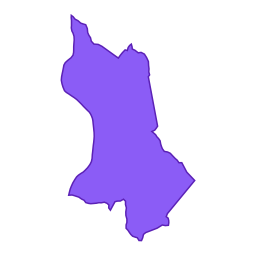 Lajeado, Tocantins, Brazil
{"feature_id": "56859067B46594073985898", "entity_name": "Lajeado", "entity_type": "district", "adm_level": 2, "iso_a3": "BRA", "parent_name": "Brazil", "parent_adm1": "Tocantins", "projection": "robinson", "projection_center": [-48.308, -9.839], "detail": "fine", "context": "isolated", "style": "filled", "palette": "violet", "viewbox_px": 256, "rotation_deg": 0, "n_neighbors": 0, "source": "geoboundaries", "source_scale": "gbopen_adm2", "svg_char_len": 2119}
<svg xmlns="http://www.w3.org/2000/svg" viewBox="0 0 256 256"><path d="M167.4,213.6L194.7,180.5L186.8,172.2L181.8,162.7L178.9,162.7L177.2,160.2L175.2,158.5L172.8,156.0L170.3,153.3L167.6,152.0L164.3,151.4L162.4,148.8L161.5,146.6L160.7,144.1L160.1,140.8L158.6,138.6L156.8,136.7L155.7,134.8L151.9,131.5L154.7,130.2L156.2,128.3L157.6,126.2L148.3,76.7L149.6,74.9L148.8,71.9L149.0,68.9L148.6,65.6L148.4,61.5L146.6,57.6L144.4,54.1L141.1,52.4L138.2,52.8L135.0,50.3L132.3,49.0L132.0,46.5L131.3,44.1L129.6,45.5L128.2,47.4L127.3,50.5L125.1,49.9L122.4,52.7L120.3,55.3L118.3,58.1L101.9,46.3L98.2,44.4L94.0,44.1L91.3,41.2L90.5,37.7L88.9,35.3L87.7,32.6L87.3,28.5L85.7,24.7L83.3,24.0L80.7,23.1L78.0,20.7L75.1,19.2L73.1,16.7L71.3,15.4L71.2,17.7L71.5,20.5L71.5,23.2L71.5,25.6L71.3,27.9L71.9,31.0L73.0,33.1L74.0,36.3L74.2,39.9L73.9,43.7L73.7,46.8L73.7,49.1L73.6,52.4L73.0,55.2L71.0,57.8L67.7,60.4L65.3,62.6L63.9,65.1L63.4,67.8L62.8,70.9L62.1,74.2L61.6,76.8L61.3,80.2L62.0,83.8L63.0,87.1L64.5,90.7L66.3,92.4L68.7,93.9L71.9,96.1L74.2,97.6L76.7,99.5L78.4,101.1L79.9,102.6L81.7,104.4L83.5,106.4L85.5,108.4L87.6,110.5L89.2,112.0L90.5,113.9L91.5,116.0L92.4,118.3L92.9,120.8L93.1,123.1L93.4,125.8L93.7,128.6L94.1,132.6L94.2,136.5L94.0,139.3L93.7,142.4L93.3,145.3L92.9,149.3L92.6,152.2L92.3,154.7L92.1,158.4L91.4,161.6L90.0,164.4L87.6,167.7L85.2,170.2L83.3,172.0L81.0,173.4L78.4,175.2L76.6,176.9L74.8,179.6L72.9,182.8L71.4,186.1L70.3,188.8L69.5,191.8L68.7,195.2L72.1,195.0L74.5,195.7L76.6,196.4L78.8,197.1L81.5,199.0L84.0,200.2L85.8,202.6L88.6,203.4L90.8,203.7L93.2,203.5L96.4,203.2L98.9,202.7L101.3,202.8L104.3,202.2L107.0,203.3L108.9,205.0L108.7,207.9L110.4,210.2L115.0,201.7L117.3,201.1L120.4,201.0L123.5,199.2L125.5,201.2L125.5,204.6L126.4,207.9L125.8,211.9L125.9,215.5L126.9,219.1L126.9,222.4L126.1,224.9L126.1,228.3L128.0,230.3L129.5,232.6L130.8,234.4L132.6,236.2L135.1,237.1L137.3,237.7L139.0,240.5L141.5,240.6L142.7,237.8L143.5,234.4L145.7,232.6L150.9,230.6L157.3,228.1L159.7,226.6L162.3,225.0L165.4,225.6L168.4,225.3L168.8,222.8L168.7,220.4L168.1,218.1L166.2,216.7L167.4,213.6Z" fill="#8b5cf6" stroke="#5b21b6" stroke-width="1.5"/></svg>